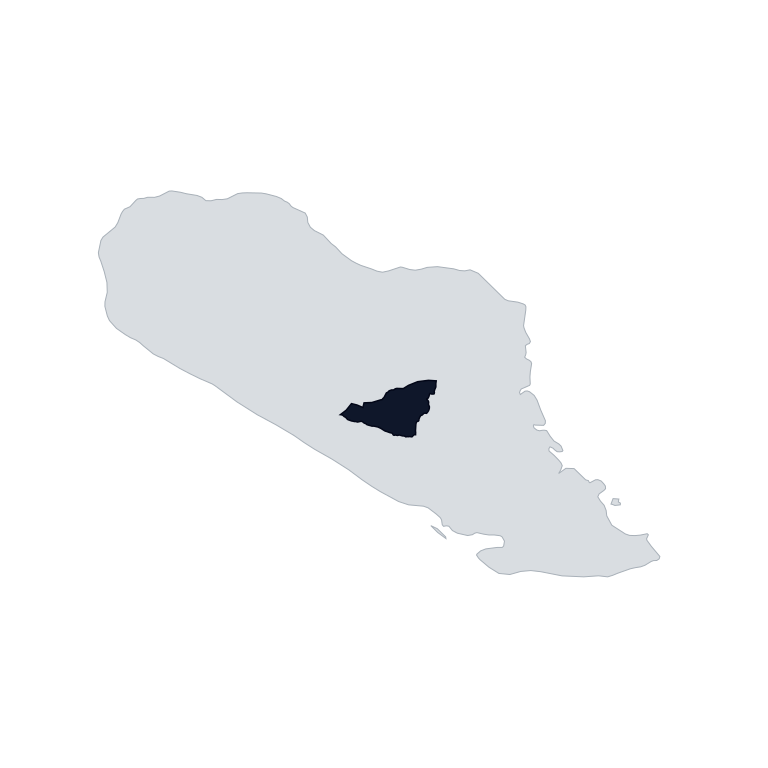 location of Analamanga within Madagascar, rotated 104°
{"feature_id": "MDG-5862", "entity_name": "Analamanga", "entity_type": "Autonomous Province", "adm_level": 1, "iso_a3": "MDG", "parent_name": "Madagascar", "parent_adm1": "", "projection": "orthographic", "projection_center": [47.602, -18.658], "detail": "fine", "context": "in_parent", "style": "filled", "palette": "ink", "viewbox_px": 768, "rotation_deg": 104, "n_neighbors": 0, "source": "natural_earth", "source_scale": "10m", "svg_char_len": 5644}
<svg xmlns="http://www.w3.org/2000/svg" viewBox="0 0 768 768"><g transform="rotate(104 384 384)"><path d="M499.4,90.9L501.4,95.7L503.7,100.3L511.1,111.5L514.3,115.8L517.0,120.3L518.2,129.4L522.8,143.6L527.1,164.8L528.2,186.5L529.5,196.5L532.8,206.0L538.4,215.8L540.0,226.7L536.4,237.8L531.3,248.2L530.0,250.2L527.6,252.8L526.6,252.7L522.6,249.9L519.4,245.4L515.3,234.9L513.9,229.6L512.2,228.7L507.3,229.1L503.8,232.4L503.1,234.5L503.8,240.4L505.1,245.7L505.6,251.1L505.7,257.9L506.9,260.0L508.8,261.7L510.8,266.2L511.0,276.8L509.7,282.1L506.3,286.6L506.5,289.2L507.7,291.8L506.5,293.4L501.9,295.3L500.1,297.0L497.6,301.7L493.5,311.2L493.0,316.1L495.3,330.9L494.5,341.4L489.3,361.5L486.3,371.0L482.1,382.4L475.8,397.4L469.5,416.2L464.1,435.6L460.2,447.2L455.8,458.7L449.7,479.0L444.5,499.5L437.0,522.2L426.6,547.4L425.5,550.7L423.4,563.6L421.0,574.8L418.3,585.9L412.6,604.2L411.9,609.8L410.6,615.2L405.2,626.7L402.9,631.0L401.3,635.5L400.4,641.2L398.7,646.8L394.8,657.0L388.9,665.7L384.9,668.9L376.2,673.6L371.8,674.6L362.0,674.7L352.5,677.4L342.7,682.6L333.3,688.5L329.7,691.2L325.7,692.9L313.2,693.4L309.4,692.2L296.7,682.8L291.8,681.3L282.6,680.2L279.8,679.4L277.2,678.2L273.4,673.3L265.9,669.2L264.1,667.9L262.9,665.1L262.0,661.9L260.0,658.5L258.4,651.8L255.9,647.2L248.8,639.1L248.0,636.5L247.2,627.8L247.2,621.8L246.3,611.0L246.9,605.9L249.2,601.2L248.1,596.2L245.4,591.1L244.2,585.7L242.2,580.8L234.7,572.1L232.9,567.7L231.6,563.2L228.4,549.2L228.0,544.3L228.1,533.8L228.9,528.5L230.6,524.7L231.0,521.9L232.0,519.5L233.7,517.5L234.8,515.2L237.2,501.8L240.6,498.8L245.7,497.0L249.7,493.4L252.0,488.7L254.2,478.9L260.5,469.2L262.7,464.1L267.8,456.3L272.2,445.5L273.5,440.4L274.5,435.2L275.4,423.8L276.2,418.1L275.9,412.5L273.1,406.8L266.5,396.4L266.3,394.5L266.7,386.7L266.0,381.1L263.5,375.5L260.4,370.3L257.2,360.5L255.4,344.2L255.6,338.2L254.7,333.0L252.4,328.1L253.8,319.3L272.6,287.3L273.2,283.6L272.2,273.9L272.6,268.3L273.2,266.2L274.7,265.0L278.0,264.3L293.7,262.7L295.7,261.7L299.6,259.0L305.0,253.8L307.4,252.2L309.6,252.8L311.0,254.9L312.7,256.1L319.1,253.7L321.5,253.6L324.0,254.0L325.2,251.8L325.8,248.9L326.7,246.9L328.4,245.7L336.6,245.0L341.9,244.1L348.6,242.1L350.1,242.4L355.6,249.6L357.3,250.2L359.4,250.5L361.2,249.2L356.8,245.4L356.1,243.3L356.3,240.9L358.7,235.6L362.6,231.6L371.4,225.6L380.6,218.5L383.2,218.0L385.5,219.1L387.3,227.4L387.1,228.7L388.5,228.9L390.2,227.9L391.7,224.6L391.8,221.8L390.6,219.2L390.0,216.9L389.9,214.9L394.6,210.0L398.2,205.3L399.9,199.8L401.4,197.2L405.3,194.3L406.4,194.8L407.3,197.1L407.8,199.6L406.8,202.1L405.4,204.5L404.8,207.7L407.0,208.4L409.1,207.6L412.1,201.7L415.5,196.2L417.6,193.3L420.1,191.3L424.4,191.7L428.6,192.9L421.8,187.1L420.1,179.1L428.2,165.2L428.3,162.3L429.5,161.4L430.0,160.3L425.8,155.6L425.1,153.3L425.6,149.8L427.6,146.7L429.5,144.5L432.0,143.7L434.1,144.9L438.6,148.7L441.7,149.3L445.3,145.6L448.4,141.1L452.9,137.9L458.0,136.0L465.9,128.8L471.1,113.6L471.5,109.2L470.4,103.9L468.6,98.7L465.6,92.4L466.4,91.0L470.7,91.8L472.1,91.0L476.8,85.4L484.6,74.6L487.1,74.7L489.3,76.7L490.1,79.7L491.6,81.9L496.8,87.0L499.4,90.9ZM445.6,133.1L445.6,134.7L439.8,134.0L438.8,128.3L441.7,128.1L442.4,125.8L444.1,125.5L446.0,130.6L445.6,133.1ZM515.1,295.9L510.1,304.3L511.5,297.3L517.4,287.2L519.0,286.5L515.1,295.9Z" fill="#d9dde1" stroke="#a8b0b8" stroke-width="1"/><path d="M381.0,333.0L381.4,333.0L381.7,333.4L382.1,334.8L382.2,335.3L382.2,335.9L382.1,336.8L382.2,337.2L382.7,337.4L385.0,337.4L386.3,337.6L387.2,337.9L387.6,338.2L388.2,338.9L388.6,338.8L388.8,338.4L389.3,337.6L389.5,337.2L390.2,336.6L390.6,336.4L391.1,336.2L392.8,336.0L393.2,335.8L394.7,334.7L395.2,334.4L395.8,334.3L397.0,334.1L398.0,334.2L399.1,334.3L401.0,335.0L401.8,335.4L402.2,335.7L402.2,336.1L402.3,336.5L402.3,337.0L402.7,337.9L402.9,338.2L403.3,338.5L404.5,339.2L404.9,339.5L405.2,339.8L405.4,340.2L405.8,340.7L406.5,341.0L407.7,341.3L409.6,341.6L411.0,341.4L411.6,341.6L411.9,342.0L412.5,342.9L412.9,343.2L413.9,343.4L415.6,343.3L421.9,342.1L423.2,341.6L425.6,341.1L425.8,342.1L425.9,342.3L426.1,342.6L426.8,343.1L427.0,343.2L427.4,343.5L428.1,343.7L428.3,343.9L428.4,344.0L428.5,344.2L428.6,344.5L428.8,346.5L429.2,347.4L429.3,347.8L429.5,348.9L429.7,349.3L429.9,349.8L430.0,350.0L430.0,350.3L429.8,350.7L429.7,351.1L429.6,351.6L429.7,352.6L429.8,353.4L429.9,353.5L429.8,356.4L429.8,356.8L429.9,357.1L430.6,358.3L430.7,358.7L430.7,359.9L430.7,360.4L430.8,360.7L431.1,361.3L431.2,361.5L431.3,361.7L431.3,362.1L431.3,362.4L431.1,362.8L430.9,363.0L430.2,363.6L429.9,364.0L429.8,364.4L429.7,364.8L429.8,366.4L429.4,370.3L429.4,370.9L429.4,371.4L429.2,372.2L427.8,376.4L427.2,379.5L427.3,383.0L427.4,384.1L427.8,385.4L427.8,385.7L427.7,387.2L427.7,388.3L427.6,390.5L427.5,390.9L427.3,391.4L427.1,391.7L426.9,392.0L426.8,392.3L426.8,392.6L426.8,393.2L426.7,393.7L426.5,394.3L425.8,395.7L425.7,396.0L425.7,396.4L425.7,397.0L425.8,397.4L427.2,400.2L427.3,400.4L427.3,400.8L427.3,402.1L427.3,402.6L427.4,402.9L427.6,403.6L427.6,405.2L427.7,406.1L427.7,406.7L427.4,409.7L427.3,410.4L427.2,410.8L427.0,411.1L426.2,412.3L425.7,413.0L425.5,413.5L425.4,414.1L425.3,414.6L425.0,415.2L424.4,416.2L424.3,416.5L424.2,416.9L424.2,418.0L424.3,418.9L418.5,414.3L410.9,410.8L410.9,405.1L411.9,398.8L407.1,398.8L404.9,391.3L400.2,383.4L399.6,382.1L398.4,381.6L397.0,380.7L394.0,380.0L392.0,379.5L391.2,378.4L389.4,377.4L388.0,375.4L387.4,373.2L385.9,371.9L385.2,370.6L383.8,364.2L379.4,359.9L373.6,351.9L369.7,341.8L368.3,334.1L371.1,333.8L373.8,333.1L374.4,333.0L375.4,333.1L377.0,333.4L378.8,333.5L379.4,333.4L380.1,333.0L380.6,333.0L381.0,333.0Z" fill="#0f172a" stroke="#020617" stroke-width="1.5"/></g></svg>